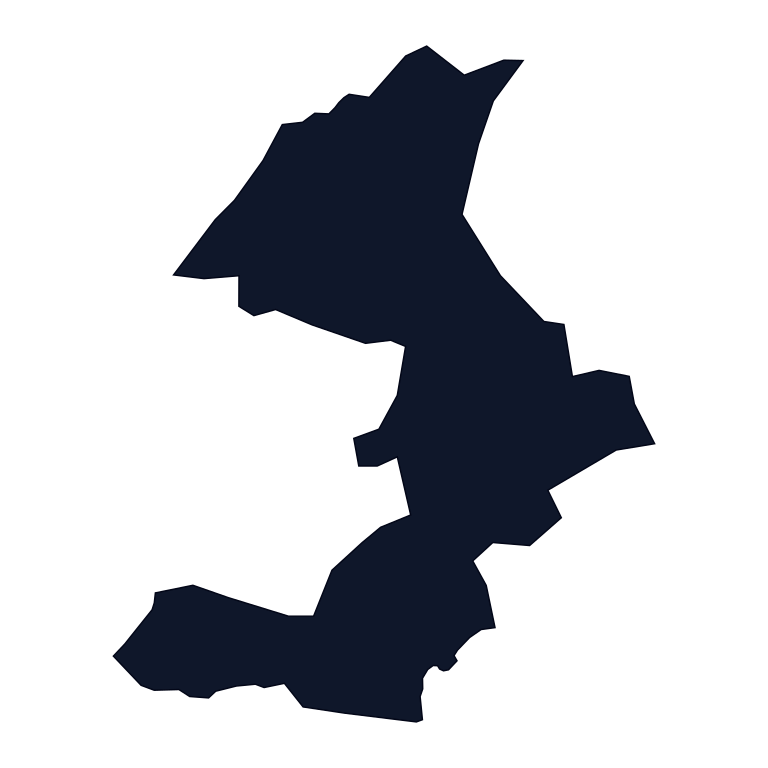 the Municipality of Balvu
{"feature_id": "LVA-1063", "entity_name": "Balvu", "entity_type": "Municipality", "adm_level": 1, "iso_a3": "LVA", "parent_name": "Latvia", "parent_adm1": "", "projection": "albers", "projection_center": [27.276, 57.034], "detail": "fine", "context": "isolated", "style": "filled", "palette": "ink", "viewbox_px": 768, "rotation_deg": 0, "n_neighbors": 0, "source": "natural_earth", "source_scale": "10m", "svg_char_len": 1263}
<svg xmlns="http://www.w3.org/2000/svg" viewBox="0 0 768 768"><path d="M426.7,46.1L464.2,75.2L503.8,60.2L523.0,60.6L493.3,100.9L478.5,143.8L462.0,214.4L500.4,275.7L543.9,321.5L563.9,324.5L572.4,376.6L599.1,370.4L629.2,376.4L634.3,403.9L654.6,443.7L616.2,450.0L547.8,490.2L561.3,517.7L529.6,545.5L492.8,542.5L472.7,560.9L486.2,585.4L495.0,627.6L481.1,629.5L469.6,637.5L457.5,650.1L454.0,655.6L457.0,660.8L448.5,669.8L443.5,670.8L439.6,669.0L437.6,665.7L433.1,665.5L427.7,669.5L422.5,678.2L422.7,688.9L420.1,696.5L422.4,719.7L416.4,721.9L345.2,713.2L303.1,706.9L284.4,683.3L264.1,687.5L255.4,684.2L236.4,686.0L215.7,691.2L208.6,697.9L189.7,696.5L178.9,689.5L154.2,690.2L141.1,685.3L113.4,656.1L124.9,643.9L131.8,635.2L152.1,609.8L154.3,602.9L155.4,592.9L192.9,585.3L228.1,597.6L288.4,616.2L313.6,616.2L332.0,570.2L362.2,542.6L380.6,527.3L410.7,515.0L397.3,456.8L377.2,466.0L358.8,466.0L353.8,438.4L378.9,429.2L397.3,395.4L405.6,346.4L390.6,340.2L365.5,343.3L312.2,324.9L275.6,309.5L253.9,315.6L238.9,306.3L239.0,275.7L204.0,278.6L173.6,274.9L215.3,219.6L234.5,200.3L263.0,160.6L282.3,124.6L302.6,122.3L314.8,113.3L328.9,113.9L335.0,107.7L338.9,102.6L343.9,97.7L349.1,94.3L369.3,97.4L405.7,56.0L426.7,46.1Z" fill="#0f172a" stroke="#020617" stroke-width="1.5"/></svg>